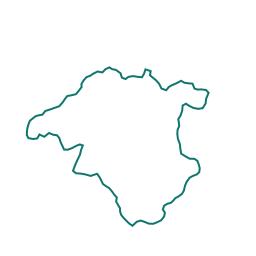 outline of Goianá, Minas Gerais, Brazil, rotated 216°
{"feature_id": "56859067B11072969012778", "entity_name": "Goianá", "entity_type": "district", "adm_level": 2, "iso_a3": "BRA", "parent_name": "Brazil", "parent_adm1": "Minas Gerais", "projection": "albers", "projection_center": [-43.187, -21.563], "detail": "fine", "context": "isolated", "style": "outline", "palette": "teal", "viewbox_px": 256, "rotation_deg": 216, "n_neighbors": 0, "source": "geoboundaries", "source_scale": "gbopen_adm2", "svg_char_len": 1890}
<svg xmlns="http://www.w3.org/2000/svg" viewBox="0 0 256 256"><g transform="rotate(216 128 128)"><path d="M143.1,187.3L148.3,185.7L146.9,181.3L146.5,177.3L150.0,175.2L154.5,172.9L157.7,169.6L158.8,166.1L162.6,165.2L166.3,167.9L172.0,167.9L175.4,166.3L178.7,166.1L180.8,162.3L181.4,157.9L185.8,155.8L187.8,152.0L189.3,148.1L191.5,144.6L191.9,140.4L191.5,136.2L189.6,133.8L189.7,129.6L190.0,124.8L193.0,121.2L195.9,118.2L196.1,114.8L195.9,110.7L196.4,105.2L199.9,100.2L202.4,96.5L204.9,93.2L205.1,88.5L207.5,86.0L209.5,83.6L210.6,80.2L211.6,76.2L210.7,72.6L209.3,68.7L207.8,65.9L205.7,62.8L202.6,61.3L198.2,63.4L195.3,66.2L195.8,70.7L190.6,71.7L189.0,77.5L184.5,78.6L181.2,80.4L177.7,79.5L174.0,76.8L170.1,74.7L167.0,73.0L163.9,75.1L161.5,78.8L159.3,83.3L157.3,86.4L154.3,87.3L153.0,82.6L151.1,77.9L150.4,73.9L149.7,70.2L148.7,65.9L147.3,61.0L143.5,60.8L139.5,63.3L134.5,65.7L130.0,67.3L128.0,70.2L126.0,72.8L122.2,71.5L118.7,69.8L115.4,68.0L112.3,68.0L107.9,68.3L103.7,67.3L100.5,66.2L96.2,65.2L94.4,61.5L90.6,59.8L87.3,58.4L85.2,55.7L82.6,53.8L79.4,52.8L75.4,52.1L70.7,51.4L66.9,51.6L65.8,57.3L63.3,60.6L59.1,61.9L55.1,62.8L51.3,65.3L48.9,69.1L46.9,72.9L46.8,77.6L48.2,81.0L52.0,82.7L53.1,86.4L51.6,89.9L49.4,92.5L48.7,95.6L48.5,99.0L46.9,102.4L45.6,106.3L46.0,110.3L47.9,114.6L48.9,118.9L48.9,124.0L47.4,127.3L45.1,130.8L44.4,134.1L46.3,137.6L49.8,140.4L52.6,142.2L56.2,142.1L60.1,139.4L65.2,138.8L69.9,138.5L73.4,141.9L76.6,145.5L81.5,148.8L84.7,152.3L86.9,155.8L87.7,159.7L89.9,162.1L92.5,164.7L92.8,168.8L94.3,173.8L97.0,178.3L95.4,181.7L91.5,181.9L86.8,182.7L82.4,184.8L79.3,187.9L79.6,193.4L81.9,197.4L83.5,203.9L87.3,204.6L91.7,202.1L94.4,199.9L97.4,199.0L101.9,201.8L105.3,199.7L108.9,197.8L112.8,197.4L114.9,193.0L117.8,188.1L119.1,185.1L119.3,181.0L124.1,179.6L128.9,182.1L133.5,183.1L137.5,183.3L141.2,183.6L143.1,187.3Z" fill="none" stroke="#0f766e" stroke-width="2"/></g></svg>